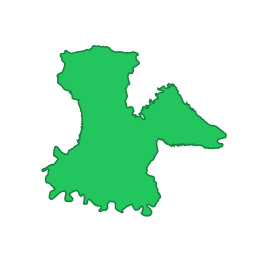 Bokong, Thaba-Tseka, Lesotho (orthographic projection), rotated 76°
{"feature_id": "5366337B35229058377929", "entity_name": "Bokong", "entity_type": "district", "adm_level": 2, "iso_a3": "LSO", "parent_name": "Lesotho", "parent_adm1": "Thaba-Tseka", "projection": "orthographic", "projection_center": [28.644, -29.377], "detail": "fine", "context": "isolated", "style": "filled", "palette": "green", "viewbox_px": 256, "rotation_deg": 76, "n_neighbors": 0, "source": "geoboundaries", "source_scale": "gbopen_adm2", "svg_char_len": 5902}
<svg xmlns="http://www.w3.org/2000/svg" viewBox="0 0 256 256"><g transform="rotate(76 128 128)"><path d="M161.4,220.3L161.4,219.5L162.4,217.9L166.6,215.1L168.2,214.7L168.8,213.6L170.4,214.5L170.7,217.6L171.7,219.2L174.8,220.7L176.8,221.2L178.5,220.1L178.7,218.5L174.3,210.0L173.7,207.4L173.7,204.7L175.0,204.0L177.0,204.1L181.0,206.3L182.8,206.4L183.8,206.0L184.3,205.1L185.5,201.0L184.7,199.4L183.2,198.6L179.2,200.7L177.5,200.6L176.2,195.8L176.2,192.9L177.6,191.7L181.3,191.3L182.8,190.3L182.8,189.6L181.3,187.9L182.4,187.1L184.1,186.8L188.1,188.1L189.7,189.2L190.8,189.3L191.6,188.1L191.5,186.0L188.6,184.7L187.6,183.2L189.6,181.6L194.4,179.0L196.4,176.1L196.6,174.6L197.4,173.3L199.0,173.3L199.7,173.9L200.3,175.4L201.3,176.2L202.4,175.3L202.4,174.5L201.7,173.0L202.0,170.3L202.5,169.8L201.8,168.3L200.7,167.1L196.8,166.4L195.2,164.2L194.8,163.0L196.1,159.8L196.0,159.2L198.4,158.5L202.9,159.6L204.4,158.9L208.5,154.6L208.7,153.9L207.8,153.1L206.3,153.8L205.8,153.2L205.4,151.3L204.1,148.8L202.9,142.9L208.5,141.3L209.2,140.8L209.7,139.7L209.4,136.9L207.1,133.9L207.6,133.0L209.5,132.8L210.5,133.1L213.3,135.0L213.5,135.6L214.3,135.7L216.3,134.0L217.7,131.7L218.2,128.5L217.7,127.0L216.6,125.9L214.5,125.2L211.1,126.5L209.0,128.1L207.6,128.3L207.1,126.4L207.3,125.8L208.2,125.5L210.5,122.8L210.4,121.0L207.4,118.4L205.8,116.0L204.5,115.6L203.0,113.2L201.7,113.0L200.8,113.7L199.6,113.3L199.3,114.0L198.3,113.9L197.8,114.8L195.4,114.0L191.6,114.8L188.4,113.8L187.3,114.1L186.1,115.4L182.2,114.6L181.0,115.6L179.3,119.1L176.9,121.0L175.7,121.2L174.1,119.7L171.6,119.6L168.7,117.2L167.0,115.0L165.9,114.3L164.7,110.9L162.0,108.9L158.0,104.7L149.9,104.1L148.0,103.4L146.4,101.9L145.9,100.5L146.2,99.8L147.1,99.6L147.5,98.8L147.2,98.3L147.7,97.4L147.3,96.9L148.8,97.0L149.1,96.3L150.9,95.9L151.3,94.6L151.9,95.0L152.6,93.9L153.1,94.1L153.7,92.6L155.2,91.4L155.4,90.5L156.3,90.1L155.0,89.0L156.4,87.9L156.0,87.8L156.2,87.5L155.5,87.4L156.2,87.0L155.8,86.6L155.7,85.4L156.3,85.0L156.2,84.5L157.6,84.0L157.6,83.5L156.6,83.6L157.4,83.0L156.6,82.0L157.8,80.9L156.4,80.2L157.5,79.5L157.1,79.1L156.9,77.6L158.4,77.7L158.2,77.0L158.7,76.6L158.7,75.8L158.2,74.5L158.8,74.2L158.5,73.5L158.9,72.9L159.4,72.9L159.4,71.2L159.0,70.7L159.6,69.9L159.4,69.0L160.7,68.9L160.2,67.5L161.7,66.1L161.3,64.7L162.7,61.1L164.1,59.3L166.1,58.2L165.8,57.1L166.6,56.2L166.6,55.1L167.2,54.9L167.5,53.0L168.2,51.5L168.6,47.7L169.3,45.5L168.5,40.9L167.2,40.0L166.3,40.2L165.8,40.9L165.5,42.5L164.4,44.0L163.2,44.6L162.2,44.5L161.0,43.3L160.8,42.6L160.7,35.8L158.5,34.4L157.2,34.8L147.9,42.0L146.4,44.4L145.6,47.5L145.0,47.7L143.6,49.5L141.5,50.6L140.6,51.8L138.6,52.6L137.0,54.3L136.2,54.4L135.1,55.4L134.5,55.4L132.4,57.9L131.1,58.0L130.1,58.6L128.3,58.4L127.5,59.7L126.4,59.7L126.4,61.4L125.0,60.5L124.8,62.6L123.9,62.1L123.3,63.2L121.7,62.8L120.7,63.8L120.1,63.2L119.3,64.7L118.0,64.9L119.0,65.4L118.9,66.6L118.6,67.1L117.9,67.0L117.3,68.0L116.4,68.1L116.2,68.6L113.8,68.3L110.5,69.3L109.0,69.2L107.4,70.9L106.1,71.4L104.8,70.4L102.7,71.1L102.1,71.8L100.7,71.2L100.0,72.0L97.4,72.9L96.1,74.1L96.3,75.1L97.7,74.9L94.9,77.7L96.1,79.6L97.5,79.0L98.2,77.6L98.9,77.7L98.5,80.1L98.8,81.5L98.6,82.2L96.4,82.8L96.0,83.4L97.7,87.8L96.8,89.3L97.9,89.5L100.6,85.0L101.3,84.9L101.7,85.3L101.9,86.6L101.4,88.1L102.1,90.5L102.9,91.3L102.7,91.8L101.4,92.2L101.5,93.1L103.0,93.1L105.5,91.6L106.9,91.7L106.7,94.0L107.4,95.0L107.9,96.9L108.5,97.1L109.7,96.3L110.2,97.4L108.6,98.6L106.0,99.0L105.7,99.7L108.2,101.1L109.9,100.2L110.6,100.4L111.3,102.9L110.4,104.9L110.7,105.3L111.5,104.9L112.5,103.3L113.4,103.6L113.5,105.4L111.6,106.8L111.1,107.9L111.5,108.8L112.9,109.3L113.6,109.0L114.1,110.8L116.0,111.1L116.7,113.4L117.7,113.9L118.5,113.0L117.9,111.2L118.2,110.7L120.1,109.7L123.3,109.3L123.1,111.5L120.5,112.5L119.8,113.4L119.6,115.4L118.2,116.9L119.3,118.2L118.6,118.4L117.1,117.8L116.6,119.2L116.7,120.0L116.3,120.5L115.1,120.2L113.0,118.3L109.8,118.4L108.2,119.6L108.1,123.9L106.7,124.3L104.7,123.9L100.9,124.2L98.4,121.8L96.6,120.9L89.9,121.1L88.1,119.3L86.4,118.5L86.2,116.6L85.0,115.6L82.3,116.0L77.5,115.7L75.8,114.2L75.1,114.1L75.4,112.1L76.0,111.3L75.9,110.6L74.2,109.1L70.6,108.4L69.9,105.3L68.3,101.6L67.3,101.4L63.5,103.2L62.0,103.4L60.0,102.6L59.5,102.0L59.6,100.6L58.2,100.4L55.7,103.8L55.9,104.1L55.5,104.6L55.7,105.0L55.4,105.7L55.7,107.2L54.5,112.2L52.4,116.8L51.0,122.7L48.0,125.7L46.0,126.6L44.1,128.8L43.8,131.1L43.0,132.0L43.0,133.9L41.4,136.5L41.2,138.8L40.0,141.0L40.1,142.4L42.0,144.1L42.3,145.7L43.2,146.0L41.9,149.5L42.4,150.8L42.5,154.1L42.0,158.0L42.1,164.6L41.1,166.2L37.8,169.5L37.8,170.2L39.9,171.5L40.2,172.4L39.8,175.0L41.1,176.1L42.6,176.1L43.8,175.2L46.3,175.7L48.8,174.2L50.5,173.7L51.5,173.9L57.9,178.0L59.0,183.0L60.0,184.0L61.2,184.1L61.8,183.2L62.6,183.9L66.8,185.2L68.9,184.1L70.6,182.4L75.2,180.4L78.9,174.6L79.5,174.7L79.8,175.8L80.6,174.8L81.2,174.9L82.1,174.3L85.5,174.8L86.3,174.3L88.8,169.3L89.1,169.9L89.8,169.6L92.1,170.1L98.2,169.3L99.7,169.8L100.6,169.2L103.0,169.3L105.1,170.2L106.2,169.9L110.2,170.8L110.5,171.2L112.3,171.0L112.5,171.6L113.1,171.3L113.4,171.9L114.0,171.4L115.6,172.4L116.4,172.1L116.1,172.7L116.7,172.5L116.7,173.2L119.0,173.3L119.3,174.0L120.2,174.2L121.5,175.6L122.2,175.4L123.2,176.0L123.1,176.8L123.8,177.3L124.1,176.7L125.0,176.6L125.6,177.4L127.1,177.3L127.6,177.9L127.2,178.5L128.3,179.6L128.0,180.1L128.8,179.9L129.1,179.1L130.0,180.1L131.0,178.9L131.4,179.2L132.4,181.1L132.5,182.6L133.4,184.7L134.7,186.5L134.9,188.6L135.7,190.9L137.6,192.2L139.0,193.7L137.4,196.3L135.7,198.2L129.1,201.4L128.5,202.5L128.6,203.2L131.0,204.8L136.8,206.7L137.5,206.2L137.5,205.7L140.4,203.6L141.5,203.5L145.2,208.2L145.4,209.3L145.0,211.0L145.4,213.2L147.1,217.8L147.2,220.2L148.2,221.6L149.3,221.3L149.6,220.1L148.4,216.1L148.7,215.4L149.8,214.9L150.4,215.6L153.9,216.9L154.8,218.7L156.7,220.1L158.9,220.6L161.4,220.3Z" fill="#22c55e" stroke="#15803d" stroke-width="1.5"/></g></svg>